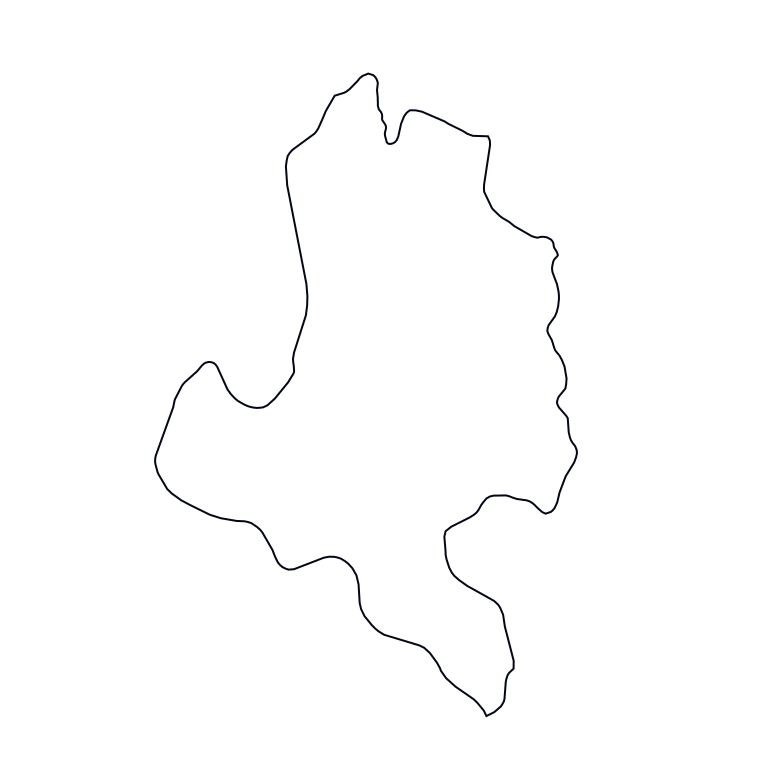 the Department of San Martín, rotated 194°
{"feature_id": "PER-582", "entity_name": "San Martín", "entity_type": "Department", "adm_level": 1, "iso_a3": "PER", "parent_name": "Peru", "parent_adm1": "", "projection": "orthographic", "projection_center": [-76.762, -7.06], "detail": "fine", "context": "isolated", "style": "outline", "palette": "ink", "viewbox_px": 768, "rotation_deg": 194, "n_neighbors": 0, "source": "natural_earth", "source_scale": "10m", "svg_char_len": 3603}
<svg xmlns="http://www.w3.org/2000/svg" viewBox="0 0 768 768"><g transform="rotate(194 384 384)"><path d="M204.3,86.6L208.0,91.1L215.8,96.9L220.5,99.7L241.3,107.6L252.6,113.6L259.4,119.5L260.9,121.8L265.2,126.4L274.4,134.1L281.3,137.8L286.4,138.9L323.1,140.7L329.2,142.6L333.2,144.5L337.8,147.3L346.8,154.1L351.8,160.1L354.6,165.6L360.2,183.4L364.4,191.6L370.0,197.5L375.2,201.0L378.5,202.5L383.4,204.1L387.0,204.4L390.4,204.3L395.6,203.1L400.5,200.8L426.4,182.6L431.6,180.8L434.6,181.0L438.3,181.8L441.2,183.3L443.8,185.2L447.8,189.9L452.0,195.9L466.0,210.4L469.0,212.7L472.7,214.6L479.0,216.9L482.9,217.2L486.5,217.0L493.6,215.5L509.8,214.3L521.3,215.0L543.0,219.7L552.6,222.1L563.6,226.5L569.0,229.7L581.1,242.0L582.5,243.9L586.0,250.2L587.1,252.6L587.7,254.9L588.0,257.1L588.1,259.3L582.9,310.4L583.2,317.0L583.1,318.7L579.7,333.1L578.9,335.2L577.7,337.5L568.5,351.0L565.0,358.1L563.6,360.2L561.8,361.8L559.3,363.0L556.7,363.4L554.1,363.1L551.8,361.9L549.8,360.1L534.5,340.8L530.1,337.1L524.8,333.7L521.2,332.1L514.5,330.2L510.1,329.5L505.3,329.5L501.6,330.0L497.9,331.2L495.5,332.2L491.9,335.2L486.3,343.6L477.4,362.5L474.4,372.1L474.2,373.6L474.4,375.0L476.0,379.9L477.2,382.7L478.4,386.5L478.9,392.7L476.4,431.7L477.6,441.8L479.6,450.8L483.5,462.3L526.0,553.4L531.8,571.3L532.5,577.4L532.6,581.8L531.6,584.8L530.4,587.4L528.8,589.9L512.0,610.1L510.7,612.8L509.6,616.2L508.0,625.1L506.5,634.8L501.6,651.8L493.0,657.0L491.2,658.7L488.7,661.8L482.8,671.9L481.5,674.9L479.3,677.8L474.3,681.4L469.5,681.1L467.6,680.3L465.3,678.4L463.9,676.5L462.8,674.6L461.9,667.5L459.2,659.9L458.8,658.0L458.2,656.3L457.4,652.9L456.5,651.0L455.4,649.2L452.9,647.3L451.4,645.5L450.6,643.7L450.0,640.7L449.6,639.8L449.2,639.3L445.5,636.0L444.4,634.4L443.9,632.5L443.9,628.6L443.7,626.8L443.0,625.0L439.9,619.4L438.4,618.3L436.1,618.3L433.2,619.9L431.7,621.6L430.7,623.6L430.0,627.6L430.4,640.5L429.3,648.5L427.8,652.3L426.5,654.2L424.9,655.9L419.5,657.2L413.0,657.4L388.5,653.4L384.4,652.0L369.5,648.8L363.5,646.9L357.8,646.3L343.0,649.5L340.3,646.0L339.7,644.3L338.9,641.6L335.1,601.5L334.2,597.4L333.3,594.7L322.0,581.0L320.7,579.9L312.8,575.3L309.4,573.8L301.7,571.5L295.7,568.7L276.9,563.3L274.3,563.0L270.7,563.0L267.4,564.7L264.9,565.4L261.4,565.7L256.7,564.5L254.6,562.8L253.4,560.9L252.8,559.1L251.8,557.4L248.5,554.2L247.4,552.7L246.6,551.5L246.5,550.9L246.7,550.2L247.3,548.9L248.7,546.5L249.1,545.5L249.4,543.8L249.2,538.2L248.6,535.7L247.4,533.0L240.3,522.7L237.1,516.1L235.8,512.6L234.8,508.8L233.8,501.4L233.8,495.5L234.5,491.0L238.4,481.2L238.7,478.5L238.4,475.0L236.7,472.4L231.7,467.1L227.1,459.5L225.6,457.7L220.7,454.1L217.5,450.7L213.1,444.7L208.2,433.5L207.2,427.7L206.9,423.5L211.4,413.9L211.8,411.3L211.8,408.0L210.4,405.6L208.5,403.5L199.2,397.0L197.4,395.2L193.1,381.9L190.8,377.4L189.1,374.8L186.7,372.4L183.8,370.2L182.4,368.5L180.9,366.2L180.0,363.4L179.9,359.5L180.5,353.9L185.4,338.4L187.4,321.2L187.3,311.0L188.4,305.0L189.8,302.1L191.2,300.2L195.8,297.3L199.2,297.9L204.0,300.3L209.2,303.4L211.8,304.6L214.7,305.4L217.7,305.6L227.1,304.6L230.8,304.8L235.8,305.4L238.7,305.4L250.6,302.2L254.0,300.5L256.9,297.7L259.1,293.3L260.4,290.0L261.9,284.5L263.0,281.8L265.2,278.8L268.6,275.2L284.1,261.9L288.6,256.1L288.5,250.4L283.9,236.9L282.9,233.3L280.8,228.8L276.3,221.6L272.5,217.3L269.3,214.8L263.5,211.8L254.3,208.2L231.8,202.1L224.6,200.1L219.7,197.4L217.0,194.8L212.6,188.9L208.0,177.8L191.2,146.8L189.4,139.2L192.7,134.0L193.6,131.5L193.9,127.7L193.8,124.6L190.9,107.5L190.9,105.0L191.5,102.7L192.5,99.6L197.6,92.3L204.3,86.6Z" fill="none" stroke="#020617" stroke-width="2"/></g></svg>